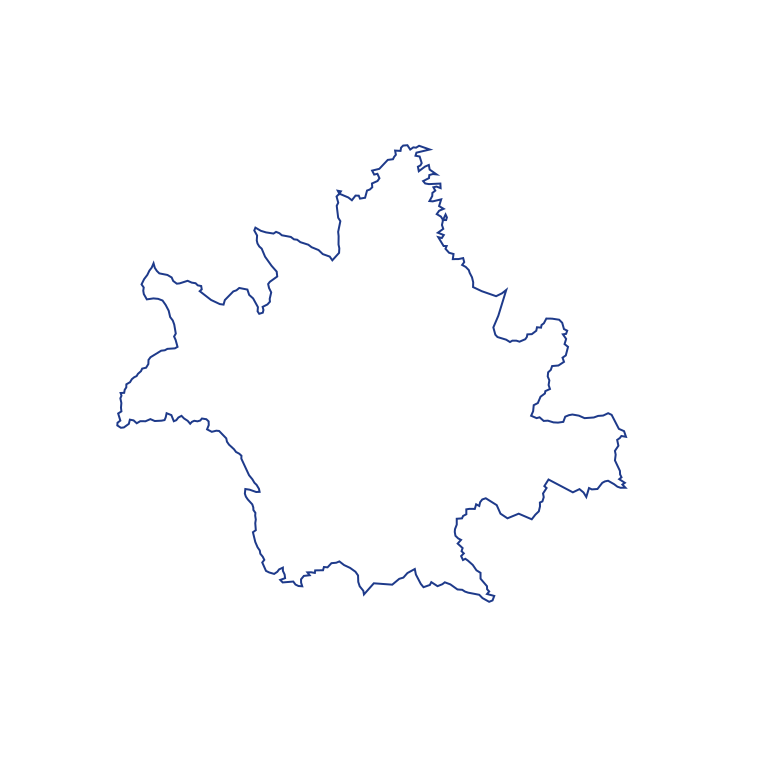 Palmeira das Missões, Rio Grande do Sul, Brazil, rotated 303°
{"feature_id": "56859067B60878919931916", "entity_name": "Palmeira das Missões", "entity_type": "district", "adm_level": 2, "iso_a3": "BRA", "parent_name": "Brazil", "parent_adm1": "Rio Grande do Sul", "projection": "natural_earth1", "projection_center": [-53.372, -27.944], "detail": "fine", "context": "isolated", "style": "outline", "palette": "blue", "viewbox_px": 768, "rotation_deg": 303, "n_neighbors": 0, "source": "geoboundaries", "source_scale": "gbopen_adm2", "svg_char_len": 6168}
<svg xmlns="http://www.w3.org/2000/svg" viewBox="0 0 768 768"><g transform="rotate(303 384 384)"><path d="M359.7,125.0L355.1,125.8L351.3,125.5L346.6,126.1L341.3,125.7L335.5,126.4L334.1,129.9L331.1,131.3L328.6,133.6L325.8,139.0L330.2,144.0L332.4,148.2L333.4,152.8L331.4,157.8L328.2,163.5L323.7,168.2L322.2,172.3L319.6,175.7L312.9,181.9L309.5,182.1L307.5,185.2L302.7,190.6L300.0,189.2L295.5,183.2L292.9,181.8L290.6,179.0L279.3,173.6L275.9,173.4L272.4,175.5L268.1,175.6L265.2,172.8L262.4,173.2L258.5,172.1L255.9,172.2L253.6,170.8L250.7,169.9L247.2,170.0L243.4,168.1L240.8,169.7L237.9,169.7L235.1,170.9L233.0,168.0L231.2,170.2L228.4,170.7L225.0,174.1L220.9,176.3L218.0,178.7L214.5,177.1L209.7,182.8L206.4,181.6L204.0,182.9L204.0,187.2L205.9,189.5L211.6,191.7L215.7,190.3L217.1,193.8L216.4,198.0L220.0,199.8L222.9,204.3L227.3,207.2L228.1,211.9L232.0,217.3L234.2,219.6L237.1,219.1L241.1,217.6L242.1,222.6L238.3,228.0L240.5,229.5L243.9,229.8L247.0,231.5L246.2,235.0L246.2,239.4L245.1,243.1L247.6,243.5L249.8,244.9L251.1,247.9L253.3,249.8L255.9,250.1L257.7,254.2L257.1,257.3L254.1,259.4L249.6,260.3L250.1,265.6L253.5,268.8L254.8,271.3L252.5,281.3L250.1,283.7L248.7,287.1L247.6,293.7L246.4,296.9L246.7,300.6L246.2,303.5L243.7,305.0L234.0,320.5L232.4,325.5L230.6,329.1L230.0,332.1L228.0,336.2L225.8,338.4L223.8,335.6L222.2,328.9L220.4,324.9L216.3,327.0L214.3,329.5L213.0,332.6L211.3,339.1L209.3,341.6L207.2,343.1L205.9,346.3L203.4,347.7L200.5,350.3L197.2,351.8L191.6,356.1L188.3,354.8L181.4,362.1L178.2,366.9L176.7,370.5L174.3,372.7L173.1,376.4L171.3,379.4L168.0,379.1L163.0,386.8L163.4,390.3L164.9,395.3L168.4,396.8L171.4,397.0L174.9,399.2L172.2,401.0L170.1,404.4L167.3,406.8L163.2,403.7L162.4,407.1L168.9,415.5L167.6,419.0L168.0,422.3L169.8,425.6L172.2,422.7L175.0,420.8L179.4,421.3L183.1,425.8L184.3,422.4L186.4,425.4L187.9,428.9L190.2,427.8L194.6,434.3L197.8,433.3L199.5,436.5L205.1,437.5L208.1,441.3L210.9,443.2L210.4,449.1L211.3,455.7L211.0,462.3L209.3,466.5L204.0,470.2L201.1,473.8L199.3,479.3L196.6,481.8L211.3,484.0L220.2,500.2L228.9,502.9L232.2,505.7L238.2,506.6L245.6,510.6L241.6,514.5L236.4,523.7L235.1,527.8L240.4,531.9L243.6,531.6L243.6,539.0L247.9,542.0L250.8,543.0L252.1,548.8L251.7,557.5L254.0,561.7L254.0,564.9L254.8,568.1L259.1,578.7L258.1,583.2L258.6,590.8L261.6,592.9L266.3,591.9L264.0,584.8L267.3,585.2L268.0,582.3L270.5,580.5L273.3,571.0L278.2,567.8L278.1,563.0L280.6,557.0L281.6,550.4L281.7,547.4L279.4,546.1L281.7,542.4L285.4,543.2L286.0,540.1L289.2,539.3L290.3,532.7L295.2,533.5L294.9,530.3L295.6,526.6L298.5,523.9L300.9,522.6L305.7,521.6L310.6,518.4L313.8,522.6L316.4,522.2L319.6,524.0L323.7,521.3L325.8,523.6L328.7,528.2L333.3,526.8L333.6,530.3L337.2,529.0L340.7,529.3L343.6,531.6L343.8,544.5L338.7,552.3L338.6,560.7L348.6,567.6L351.0,581.6L356.8,582.1L361.5,583.2L366.3,581.5L369.5,579.3L371.8,580.8L376.1,579.6L378.8,577.0L385.3,577.0L385.7,574.1L393.5,574.0L396.0,601.4L402.3,605.2L401.7,610.4L399.4,615.2L408.4,612.6L408.8,615.7L412.2,620.2L420.0,620.9L422.6,622.3L424.9,624.6L425.3,631.5L425.0,635.7L425.8,638.9L428.5,643.0L429.5,638.7L432.3,639.8L432.3,633.1L435.1,634.0L436.8,631.2L439.6,629.2L445.7,619.3L450.9,616.8L453.7,614.1L459.9,614.2L464.1,610.0L467.1,611.2L469.7,611.4L471.5,615.7L475.2,611.0L474.3,605.4L482.1,591.7L481.6,587.9L476.9,585.0L473.9,581.0L470.2,578.2L464.6,570.8L463.6,564.7L461.0,558.6L458.5,556.0L455.3,553.8L449.9,555.0L446.4,551.0L444.1,547.0L442.5,541.4L440.0,538.0L440.8,532.6L438.5,530.6L437.5,524.7L442.4,523.9L447.8,521.1L451.8,523.4L458.6,522.2L463.7,524.1L465.9,523.2L470.2,525.9L472.8,522.6L477.1,520.7L479.5,517.2L483.2,515.3L486.7,516.2L490.6,515.2L494.5,520.2L500.6,522.9L503.3,519.4L507.0,520.9L515.4,518.1L515.8,513.7L521.0,512.2L523.1,507.0L525.2,509.4L528.5,508.6L528.1,505.0L532.4,500.1L533.3,495.9L530.3,489.3L527.3,484.5L522.0,485.0L519.3,484.0L516.8,485.0L514.9,481.4L511.6,482.7L506.3,480.8L503.7,477.2L501.2,478.2L498.5,478.1L493.3,474.6L492.4,471.3L490.2,468.0L487.8,466.8L487.7,462.3L485.2,453.6L486.0,450.5L491.0,444.9L503.5,442.7L529.5,435.3L524.4,433.6L518.7,430.2L515.1,415.5L513.8,405.9L517.9,403.4L521.4,399.7L523.9,395.3L525.7,393.1L526.7,388.8L526.4,384.7L529.9,384.9L532.7,381.8L529.5,378.6L526.2,373.7L530.9,371.5L529.5,367.1L530.9,361.9L533.8,361.4L532.2,358.8L536.7,349.5L537.9,353.0L541.5,353.0L540.2,346.8L546.4,349.2L548.9,346.0L553.7,344.2L555.4,340.5L555.2,335.7L559.4,335.9L563.4,338.6L563.2,333.3L570.0,331.4L563.7,325.4L562.2,322.5L567.9,322.1L570.6,320.5L574.1,321.7L575.9,318.3L578.2,320.5L579.1,324.8L582.8,322.1L576.1,312.8L574.6,309.3L575.5,306.3L581.2,309.6L583.9,308.2L586.7,310.6L588.4,313.9L588.7,305.5L592.1,302.3L588.7,300.0L581.4,297.3L584.7,294.1L587.2,295.5L589.8,295.3L594.2,290.0L592.6,286.1L595.7,285.2L605.6,294.7L602.9,283.7L599.7,282.2L598.4,279.7L594.9,278.3L597.0,273.6L594.4,270.2L591.5,269.6L588.5,270.9L585.8,266.2L582.7,269.1L580.0,268.8L577.4,269.1L574.0,265.1L561.9,262.9L556.5,257.8L554.3,261.7L556.7,264.0L554.1,268.1L550.7,268.0L545.6,264.7L542.6,267.0L539.4,266.2L537.0,264.4L529.9,266.7L526.4,262.9L528.2,260.3L526.5,257.5L520.6,257.0L521.0,252.5L519.3,242.9L515.4,242.1L511.1,246.9L507.7,247.3L498.5,255.0L496.8,258.7L486.6,262.7L483.3,265.4L476.2,269.9L473.5,272.6L469.5,274.9L459.6,273.3L461.3,269.1L459.6,261.9L460.7,256.2L459.3,248.8L459.6,244.7L457.4,236.6L457.7,232.6L456.3,229.7L456.6,225.8L453.1,217.3L453.5,214.1L452.8,210.6L450.0,209.4L446.9,202.5L445.4,197.3L445.1,191.0L442.1,191.6L439.4,196.7L435.1,199.1L432.9,201.4L431.4,204.5L430.9,207.7L426.0,214.9L421.9,225.3L419.8,232.8L416.0,235.9L407.5,232.6L404.7,232.4L401.9,235.3L399.4,239.5L393.1,241.8L390.9,243.5L387.2,242.9L382.6,240.2L380.4,242.6L377.8,243.5L374.9,241.1L376.1,238.4L379.8,236.4L384.5,227.6L385.3,222.4L388.8,218.0L385.7,210.3L382.2,209.2L379.6,207.2L367.7,204.8L363.2,206.2L361.6,202.8L360.3,193.2L361.5,178.9L364.1,179.6L366.6,177.3L365.3,174.1L365.9,171.1L364.3,167.5L363.6,163.1L357.1,157.8L355.3,155.6L355.6,151.1L357.7,147.9L357.5,143.0L354.4,135.3L355.1,131.9L356.6,128.5L359.7,125.0ZM553.7,344.2L555.3,346.8L558.0,346.0L559.7,343.3L553.7,344.2ZM519.3,242.9L522.1,242.9L520.9,240.0L519.3,242.9Z" fill="none" stroke="#1e3a8a" stroke-width="2"/></g></svg>